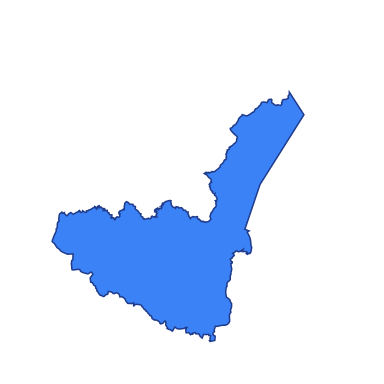 Pueblo Bello, Cesar, Colombia (Robinson projection), rotated 32°
{"feature_id": "7082276B89066354157949", "entity_name": "Pueblo Bello", "entity_type": "district", "adm_level": 2, "iso_a3": "COL", "parent_name": "Colombia", "parent_adm1": "Cesar", "projection": "robinson", "projection_center": [-73.617, 10.53], "detail": "fine", "context": "isolated", "style": "filled", "palette": "blue", "viewbox_px": 384, "rotation_deg": 32, "n_neighbors": 0, "source": "geoboundaries", "source_scale": "gbopen_adm2", "svg_char_len": 6103}
<svg xmlns="http://www.w3.org/2000/svg" viewBox="0 0 384 384"><g transform="rotate(32 192 192)"><path d="M123.9,307.5L126.7,312.3L126.4,314.0L127.6,316.6L131.3,321.4L132.3,321.3L137.1,317.4L138.7,317.5L139.3,318.2L141.4,318.3L146.5,316.9L147.7,315.9L148.5,313.6L149.5,313.2L151.6,314.4L151.1,318.7L153.9,322.2L155.6,321.6L158.1,323.1L160.3,323.1L161.3,324.6L162.7,324.9L163.9,326.4L165.5,326.7L166.4,327.4L169.0,328.3L170.1,327.6L171.9,327.8L172.8,327.1L173.2,325.1L174.7,323.4L173.8,320.7L176.8,319.4L178.7,319.8L179.9,319.5L181.2,317.4L181.8,317.3L184.5,317.3L186.4,319.2L187.9,318.0L191.1,317.9L194.3,319.8L196.5,320.5L200.2,318.5L201.2,317.0L202.9,319.4L203.4,318.8L203.3,317.7L203.8,317.0L207.4,315.2L209.2,314.9L210.3,315.7L211.1,315.7L213.9,316.9L214.8,316.5L215.7,317.3L217.2,317.2L218.4,318.0L220.0,318.2L221.7,319.1L223.0,318.7L224.5,319.6L225.0,320.4L227.7,320.6L229.7,319.5L232.2,319.3L233.6,319.5L234.6,320.5L235.3,320.5L236.9,318.7L237.1,316.8L237.5,315.7L238.0,315.6L239.3,316.9L240.2,318.7L243.1,320.1L243.1,320.9L245.0,320.9L246.7,320.2L248.9,320.5L249.2,319.9L249.0,315.7L252.0,315.8L254.1,314.8L257.5,312.0L258.6,310.1L259.6,309.6L259.4,311.3L259.6,312.1L261.6,314.5L263.9,313.0L266.3,313.8L267.0,312.2L267.3,312.7L268.0,312.1L267.5,311.4L269.1,309.6L270.5,310.2L272.9,308.7L275.4,310.1L278.1,310.5L277.2,306.7L279.9,305.2L281.1,303.9L282.2,304.6L282.3,304.2L284.0,304.1L284.6,306.2L286.0,308.1L285.5,308.7L286.5,309.2L290.0,305.8L288.1,302.0L286.0,301.9L284.9,301.2L284.5,300.1L285.1,298.5L284.1,297.5L282.9,293.5L284.6,292.6L287.5,289.6L291.0,287.2L292.2,285.4L292.7,283.1L292.4,281.6L289.1,276.8L288.6,275.5L288.7,273.2L287.4,272.2L286.4,268.4L284.6,265.5L283.4,265.2L280.9,263.2L276.8,262.8L273.8,259.4L271.7,255.2L271.6,253.2L270.0,251.0L270.1,248.8L270.8,247.2L270.7,245.7L268.7,242.5L268.8,241.4L267.7,239.7L266.7,236.5L262.9,232.2L263.7,231.0L263.4,230.2L263.1,229.9L262.6,230.3L260.0,228.8L261.0,226.8L261.1,226.4L260.6,226.1L261.5,223.5L260.3,222.7L259.0,222.6L260.1,220.8L260.7,218.2L262.9,218.2L264.4,216.7L265.8,213.6L266.1,215.9L269.5,213.9L270.7,213.9L270.6,215.5L272.2,215.4L272.3,214.2L273.7,213.5L273.8,211.9L272.1,207.5L270.4,206.1L267.1,201.8L264.6,199.5L260.3,196.9L260.1,196.3L261.0,194.8L256.6,195.6L245.7,149.6L246.0,67.2L221.6,55.7L222.9,57.9L222.6,59.7L224.0,61.4L222.5,63.8L220.3,65.3L220.1,66.7L220.9,68.0L220.6,68.6L221.6,70.1L221.3,71.6L218.0,72.9L217.7,74.0L217.0,74.3L212.7,74.0L211.9,73.6L210.9,71.5L209.9,71.3L209.1,72.4L208.3,72.5L208.0,73.9L208.5,76.2L205.3,77.6L203.7,78.8L203.5,80.0L204.0,81.8L203.4,83.2L203.3,85.2L202.5,87.1L201.7,87.9L202.1,91.3L201.1,92.3L200.0,95.3L198.5,98.1L197.1,98.9L193.6,99.7L193.8,100.6L192.9,103.8L192.8,105.3L193.3,107.1L193.2,111.7L191.9,113.7L192.0,116.0L190.7,117.8L191.9,119.0L196.5,120.4L200.8,121.0L201.9,122.2L201.7,123.2L202.8,125.2L202.9,126.7L201.8,129.6L201.8,130.8L200.5,133.1L200.7,133.8L199.9,134.2L200.0,135.0L200.8,135.7L200.6,136.7L199.6,137.7L200.4,138.7L200.2,139.8L200.9,140.2L200.6,141.7L202.5,143.8L202.5,144.6L203.5,145.4L203.6,146.5L202.8,147.1L202.5,148.2L202.9,149.3L202.8,151.3L201.9,154.0L202.0,155.1L202.7,155.8L200.4,162.6L199.8,163.3L198.1,164.0L198.2,164.9L197.0,165.7L196.7,166.6L195.8,166.5L195.7,167.2L194.7,167.3L194.5,167.9L194.4,167.5L193.3,168.0L192.6,169.9L195.4,169.7L198.6,170.8L201.5,171.1L202.6,172.7L202.5,173.1L203.5,173.5L202.5,175.1L202.6,176.6L204.1,177.0L204.0,178.2L205.4,178.6L205.7,179.6L207.4,180.5L209.1,180.6L209.0,181.2L209.8,181.7L212.3,181.9L212.4,181.5L212.9,182.8L214.6,182.9L217.0,184.4L217.3,186.1L216.3,187.0L218.0,187.8L218.0,188.9L219.6,190.4L220.0,191.7L219.3,194.8L219.6,197.7L219.2,199.6L220.3,203.4L222.5,204.9L221.7,208.1L221.2,208.9L219.3,210.3L219.2,210.8L218.1,210.8L217.9,211.1L216.9,210.9L215.9,212.0L215.5,211.7L214.6,212.1L213.5,211.4L212.7,211.6L212.4,211.2L211.5,211.8L210.4,211.2L209.8,210.1L209.1,210.2L208.0,211.6L205.9,212.2L204.7,214.3L204.6,215.4L203.8,214.7L201.8,214.2L201.8,213.7L201.1,213.0L200.2,212.9L199.4,211.0L198.0,211.9L196.1,210.9L194.3,212.1L193.2,211.2L191.5,210.8L189.3,212.5L188.5,212.0L186.5,212.8L186.6,214.5L185.7,214.0L185.4,214.6L183.5,214.9L181.0,213.7L180.5,212.6L179.1,211.8L178.9,210.6L177.6,210.9L174.6,214.2L174.0,216.2L172.9,217.0L173.2,217.9L174.0,217.2L174.4,217.8L173.3,218.6L173.6,219.7L173.2,220.4L174.1,220.0L174.8,222.3L173.9,222.2L173.3,222.7L173.1,224.4L172.6,223.8L171.7,223.7L171.9,224.7L171.2,225.1L170.9,224.7L170.0,226.3L170.0,227.0L170.7,226.6L171.8,227.0L170.7,227.6L170.7,228.2L171.4,228.6L172.2,227.4L172.7,228.2L173.7,228.5L173.5,230.0L175.3,231.7L174.5,231.7L174.2,232.8L173.6,232.3L173.3,233.1L171.8,233.7L170.9,233.5L170.6,234.7L171.2,235.5L171.0,236.3L170.0,237.4L169.1,237.2L166.6,240.1L165.8,239.9L165.2,240.6L163.4,239.3L161.9,239.6L160.5,238.6L160.4,237.6L159.1,237.9L156.1,236.7L153.3,236.5L152.3,235.8L152.1,234.7L151.7,234.3L149.7,234.8L148.5,233.8L145.3,235.4L143.9,234.7L141.7,234.8L141.1,236.0L141.0,237.1L142.2,240.1L143.9,242.8L143.7,243.3L142.8,243.1L141.9,245.4L141.2,245.7L140.7,247.0L141.0,247.3L140.8,248.2L141.9,249.3L142.6,248.8L142.9,250.0L143.7,250.6L143.2,252.4L141.5,252.8L141.1,254.4L141.6,255.7L141.1,256.6L140.6,256.4L140.8,255.5L139.6,255.4L138.5,255.7L138.0,256.7L137.4,256.9L136.7,256.5L137.0,255.1L136.1,253.8L134.7,254.7L133.8,254.8L132.5,253.6L131.9,254.0L130.5,253.6L129.9,252.5L127.8,254.0L127.3,252.7L126.8,252.5L126.4,254.5L125.5,253.0L124.1,253.3L122.6,253.0L121.8,254.7L121.3,254.5L120.9,253.1L120.4,252.8L119.6,254.2L120.3,257.0L119.3,256.9L118.3,255.7L117.1,255.8L117.2,257.3L116.5,257.9L115.0,261.1L114.0,261.9L113.7,263.1L112.5,263.9L113.2,265.1L113.0,265.5L111.8,265.9L109.1,265.8L109.4,267.7L108.4,268.3L106.3,267.3L106.0,267.9L106.5,268.7L105.3,269.7L103.3,273.5L102.6,273.8L100.1,273.6L98.9,276.0L98.9,278.0L98.5,278.5L95.2,278.0L94.7,277.1L93.5,278.6L92.3,278.0L91.3,281.0L93.4,285.8L94.7,287.0L94.2,288.4L94.6,290.3L96.6,293.6L96.4,295.4L97.6,297.1L98.1,301.7L99.2,307.2L99.8,308.2L102.6,308.6L107.0,310.7L109.1,310.7L112.3,311.6L114.5,311.5L119.5,310.7L123.9,307.5Z" fill="#3b82f6" stroke="#1e3a8a" stroke-width="1.5"/></g></svg>